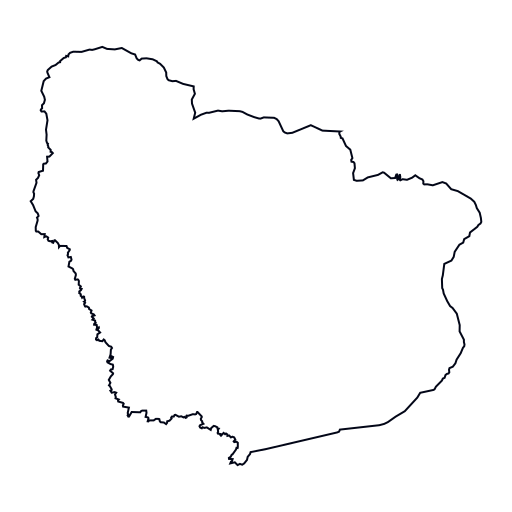 Ocnita, Dâmbovita, Romania
{"feature_id": "2599482B12009979413210", "entity_name": "Ocnita", "entity_type": "district", "adm_level": 2, "iso_a3": "ROU", "parent_name": "Romania", "parent_adm1": "Dâmbovita", "projection": "mercator", "projection_center": [25.545, 44.998], "detail": "fine", "context": "isolated", "style": "outline", "palette": "ink", "viewbox_px": 512, "rotation_deg": 0, "n_neighbors": 0, "source": "geoboundaries", "source_scale": "gbopen_adm2", "svg_char_len": 5901}
<svg xmlns="http://www.w3.org/2000/svg" viewBox="0 0 512 512"><path d="M452.8,366.7L455.4,363.3L456.6,359.6L460.7,353.2L463.0,347.7L464.2,346.3L464.5,344.4L463.9,342.1L463.9,339.7L459.6,331.4L459.7,325.1L456.8,313.7L452.6,308.0L450.1,306.1L447.2,301.1L443.7,293.5L443.0,289.7L442.2,288.1L441.9,279.0L442.8,275.4L444.3,263.9L451.4,260.6L453.7,256.9L454.7,251.8L459.4,244.7L463.2,242.6L464.2,239.1L469.3,236.2L470.0,232.5L477.3,226.8L478.4,225.0L480.5,223.5L481.3,221.9L480.9,218.0L479.7,212.7L476.8,208.1L475.9,205.1L474.3,201.8L470.8,198.6L457.8,191.1L451.2,189.2L446.2,183.5L442.4,182.1L432.8,185.3L427.4,184.3L424.2,184.4L423.3,183.6L423.4,181.2L422.4,179.5L419.4,178.2L415.3,175.3L412.1,177.7L407.0,179.8L402.6,179.2L400.3,180.3L399.8,179.8L400.3,177.0L399.8,174.1L398.8,178.8L397.5,179.8L397.1,178.8L397.4,175.4L397.0,174.4L396.3,174.6L395.1,178.0L390.9,178.3L384.1,172.7L382.7,172.3L378.0,174.9L367.8,177.4L362.9,180.4L356.7,180.8L353.9,179.9L353.1,173.1L354.9,168.2L354.5,163.3L353.5,162.0L351.5,161.7L351.2,159.9L352.4,158.1L350.3,149.7L346.0,146.0L342.5,138.4L340.8,137.9L340.7,136.6L339.3,133.9L339.4,131.8L340.0,131.5L322.4,130.6L310.8,125.2L292.3,132.8L287.3,133.4L284.8,132.5L283.3,131.3L278.6,121.2L276.7,119.1L274.1,117.8L263.8,117.4L260.5,118.6L258.9,118.5L254.1,117.1L247.3,114.5L242.5,111.9L239.8,111.2L228.6,110.7L222.2,111.3L218.0,110.6L209.0,112.8L206.6,112.7L201.0,114.7L193.7,118.7L195.2,112.7L192.0,103.6L191.8,99.5L194.9,93.8L193.6,89.2L193.7,86.4L183.1,83.9L176.0,80.9L172.4,81.2L168.6,80.2L167.5,79.1L166.3,76.1L166.2,72.5L163.8,67.5L160.1,63.8L157.5,62.4L156.9,61.3L152.7,59.3L146.5,58.3L141.7,58.6L139.6,60.4L138.2,59.9L136.7,58.4L135.1,54.5L131.3,53.3L121.8,48.0L114.8,49.4L107.0,48.9L102.3,46.9L94.7,49.3L92.2,49.9L89.5,49.6L81.5,51.9L73.3,51.7L70.1,52.8L68.5,54.4L68.2,56.4L66.2,55.9L65.9,57.3L63.7,58.0L60.1,61.1L60.1,62.2L58.6,62.5L55.6,65.0L51.6,66.6L47.8,70.0L47.2,71.4L47.4,72.6L49.4,77.2L46.0,78.6L43.7,81.1L41.3,90.8L44.2,96.7L44.9,99.8L43.9,103.3L42.0,105.2L42.1,108.3L40.9,109.5L40.7,110.3L41.5,111.5L44.5,111.4L46.3,113.7L47.5,120.3L46.0,129.7L46.6,134.7L46.3,140.6L47.0,142.9L48.0,143.8L47.6,144.9L48.3,146.3L48.2,147.4L50.7,149.9L50.6,151.8L51.9,152.1L52.8,153.1L49.4,156.6L47.1,156.7L47.5,161.5L45.9,163.5L43.8,163.7L43.2,164.3L43.0,170.7L38.7,172.0L38.4,173.1L39.2,175.2L38.0,177.9L36.1,179.8L36.5,182.8L33.5,191.2L33.4,192.2L34.1,193.7L33.9,196.4L33.2,198.9L30.7,201.2L33.1,205.1L35.6,211.3L37.7,213.3L38.5,215.5L38.5,216.1L37.0,217.6L37.6,219.1L37.6,220.6L35.7,227.1L35.8,230.8L36.3,231.5L38.2,231.5L41.3,234.2L44.7,234.1L44.3,237.1L46.1,236.3L47.7,237.2L48.2,237.7L47.7,239.3L48.5,240.8L50.3,241.3L52.1,241.0L52.2,242.4L53.2,242.8L54.4,240.3L54.9,240.2L57.8,243.0L58.9,245.0L59.0,247.1L60.0,245.9L66.5,246.0L67.2,247.9L69.8,249.3L69.7,250.1L67.9,252.7L68.0,254.2L67.5,255.2L68.4,257.4L70.8,257.0L71.5,259.5L71.1,260.7L69.4,261.7L68.5,266.5L72.4,268.5L73.1,269.2L73.5,271.0L75.7,273.5L75.9,275.0L74.8,278.8L75.3,279.8L77.4,279.4L78.1,279.6L78.9,281.0L78.7,284.7L80.8,286.4L79.9,288.1L80.1,288.5L81.6,288.9L81.0,290.1L79.3,291.4L79.6,292.2L79.2,293.0L80.8,294.3L80.7,295.8L81.6,296.5L82.1,297.7L83.4,296.5L84.1,296.7L84.2,298.3L85.1,300.4L84.8,301.5L84.1,301.7L85.1,302.8L84.1,304.1L84.9,306.1L85.3,306.6L86.7,306.3L88.9,307.6L89.1,309.0L91.5,310.5L90.8,312.5L91.2,313.3L93.8,314.4L94.5,315.4L92.0,316.2L91.8,316.7L93.7,318.5L92.5,319.7L95.1,320.6L95.2,322.1L95.7,322.8L94.3,323.7L94.1,324.7L96.7,325.0L97.1,327.8L97.9,328.0L98.8,327.4L98.9,327.9L98.2,328.7L96.7,328.7L96.4,329.7L98.3,330.5L100.1,332.5L97.4,334.3L97.2,337.3L96.1,338.1L96.0,339.5L97.0,340.2L98.4,339.5L99.3,340.8L102.4,341.2L103.7,339.5L104.7,340.3L105.5,342.3L108.9,346.0L111.2,346.7L112.0,348.0L110.9,349.6L110.6,354.3L109.5,357.7L110.8,358.0L111.7,356.3L113.1,357.0L112.7,358.7L109.4,361.2L107.6,360.4L107.1,361.3L107.5,362.4L110.6,364.1L112.8,364.6L113.0,365.2L113.2,366.8L112.6,369.2L110.8,369.5L110.1,370.7L113.1,373.3L112.9,374.2L110.8,376.4L108.8,379.9L110.4,382.8L109.0,385.4L109.7,385.8L111.7,389.4L111.5,390.2L110.4,390.7L111.7,392.7L114.6,392.1L116.2,392.7L115.0,394.5L115.8,397.0L115.5,398.3L118.7,399.5L118.0,400.2L118.2,401.5L123.0,402.9L123.7,403.8L122.9,405.3L123.1,406.6L128.9,407.6L127.7,413.0L128.2,414.5L127.6,415.3L128.3,416.6L129.0,416.6L131.7,412.0L140.2,412.3L141.1,411.1L142.2,410.6L146.2,410.6L146.5,412.8L145.6,416.9L147.9,417.4L148.5,418.2L147.7,421.3L148.4,421.4L149.2,420.4L153.7,420.4L155.8,418.9L158.3,418.9L159.3,419.1L159.8,421.2L160.6,422.2L163.9,422.5L166.1,424.1L167.1,422.8L167.2,421.3L169.5,420.7L171.6,418.5L171.2,417.5L172.0,416.5L173.7,416.6L174.6,415.0L175.4,414.8L178.9,416.7L181.3,416.3L183.5,417.4L184.3,416.9L185.7,417.9L186.6,417.4L186.3,416.1L186.6,415.6L188.1,415.8L192.8,414.2L195.2,414.4L196.2,414.0L197.1,412.0L197.5,412.0L201.7,416.4L201.8,417.0L200.8,418.8L201.0,420.0L202.2,421.3L202.2,422.4L203.4,423.8L200.1,425.2L199.5,426.2L200.1,427.5L201.8,428.3L202.5,427.3L204.4,427.9L206.8,427.4L210.7,429.9L211.2,428.1L213.7,425.9L215.1,426.2L217.3,427.3L217.5,428.5L218.7,428.7L217.9,429.9L218.1,431.8L217.6,432.9L217.9,433.6L220.4,434.0L220.2,434.8L221.0,435.7L223.6,432.9L225.1,434.2L226.0,433.5L227.3,434.4L227.4,435.9L229.2,435.5L230.9,437.4L232.4,436.7L234.2,437.4L235.3,439.6L233.7,441.4L234.3,442.1L236.5,441.7L237.8,442.8L237.8,447.0L237.6,448.0L236.5,447.8L236.0,449.5L232.5,454.4L231.7,454.7L230.7,456.8L228.9,457.9L229.0,458.9L232.6,459.1L232.0,461.0L231.0,461.7L230.3,463.4L234.8,462.3L237.6,465.1L239.9,463.9L242.2,464.7L244.2,463.4L247.0,459.9L247.7,456.8L250.0,454.1L250.6,452.1L266.3,449.0L337.3,432.4L339.1,431.6L339.9,429.6L379.3,425.2L384.2,423.9L387.9,422.1L395.7,416.6L404.8,411.2L417.3,397.6L420.2,392.8L433.6,389.9L434.6,389.2L435.9,386.7L441.9,380.6L442.8,378.6L444.6,377.8L445.5,375.0L446.9,373.9L448.5,373.5L449.3,372.3L449.0,369.7L449.5,368.1L452.8,366.7Z" fill="none" stroke="#020617" stroke-width="2"/></svg>